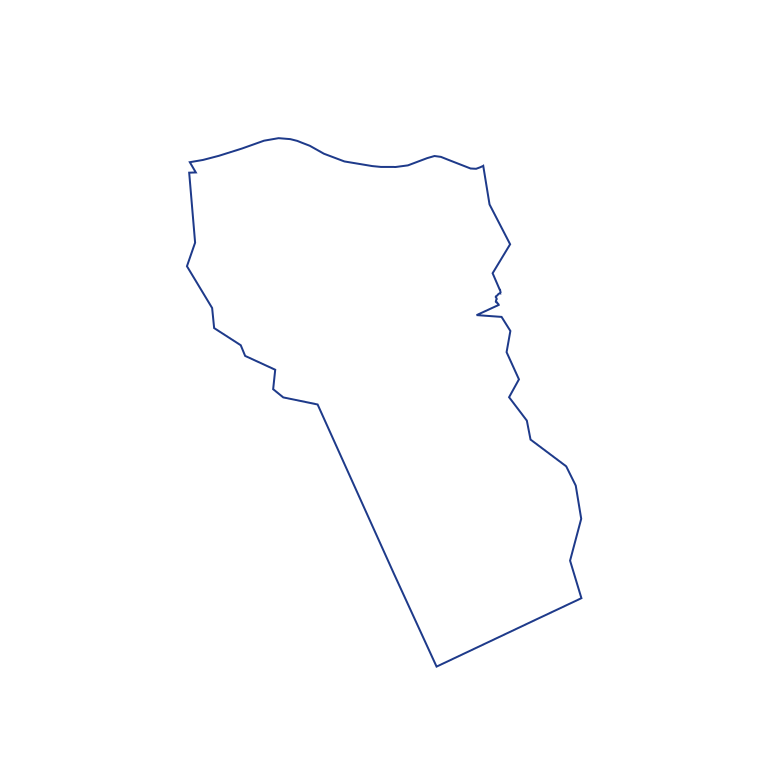 Gloucester, New Jersey, United States of America (Mercator projection), rotated 23°
{"feature_id": "52423323B68296244508740", "entity_name": "Gloucester", "entity_type": "district", "adm_level": 2, "iso_a3": "USA", "parent_name": "United States of America", "parent_adm1": "New Jersey", "projection": "mercator", "projection_center": [-75.155, 39.702], "detail": "fine", "context": "isolated", "style": "outline", "palette": "blue", "viewbox_px": 768, "rotation_deg": 23, "n_neighbors": 0, "source": "geoboundaries", "source_scale": "gbopen_adm2", "svg_char_len": 1173}
<svg xmlns="http://www.w3.org/2000/svg" viewBox="0 0 768 768"><g transform="rotate(23 384 384)"><path d="M320.1,173.7L310.1,179.6L296.3,185.4L288.0,188.0L260.6,194.6L238.7,195.5L222.6,193.7L213.9,194.0L209.2,194.1L202.1,195.2L190.9,198.9L178.5,206.9L161.3,222.7L142.8,238.5L129.8,248.5L118.6,255.7L128.1,262.8L122.1,265.6L154.9,327.7L156.6,352.6L196.1,381.2L205.8,398.9L237.0,404.3L245.2,412.4L278.3,413.4L284.0,432.1L296.5,435.7L330.9,428.8L467.2,554.7L542.8,623.6L615.2,542.3L649.4,504.0L624.3,473.9L618.2,431.0L600.2,402.6L583.9,388.6L540.6,377.9L529.8,361.9L504.3,347.3L506.4,327.0L484.4,306.8L479.6,285.8L466.0,276.3L442.3,284.4L458.7,266.4L458.4,266.0L457.6,265.6L456.8,265.3L456.3,264.8L456.0,265.0L454.9,264.7L454.7,264.4L454.4,262.3L454.6,261.9L454.3,261.3L452.8,260.2L452.8,259.5L453.3,258.9L453.9,257.4L454.2,256.4L454.9,255.5L455.4,255.3L455.2,255.1L455.5,254.2L455.3,254.0L454.9,253.1L454.0,252.2L453.9,251.8L453.5,251.8L440.7,239.6L445.5,206.1L411.0,177.5L390.1,144.4L389.9,144.7L387.7,147.1L384.8,149.8L384.7,149.9L379.5,151.8L356.0,152.5L347.6,152.7L341.4,154.4L335.5,159.2L320.6,173.4L320.1,173.7Z" fill="none" stroke="#1e3a8a" stroke-width="2"/></g></svg>